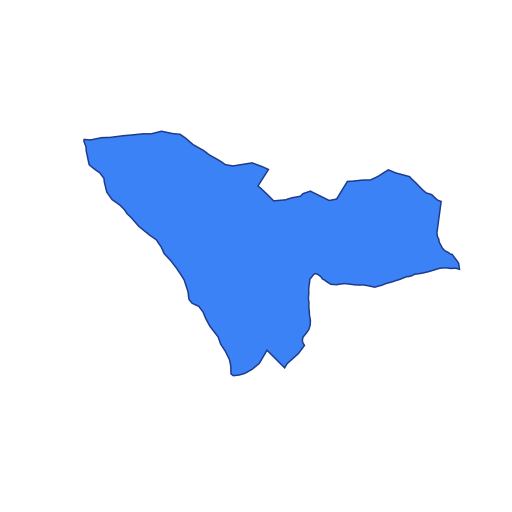 Ijumu, Kogi, Nigeria, rotated 287°
{"feature_id": "59680162B15951041920960", "entity_name": "Ijumu", "entity_type": "district", "adm_level": 2, "iso_a3": "NGA", "parent_name": "Nigeria", "parent_adm1": "Kogi", "projection": "mercator", "projection_center": [5.957, 7.842], "detail": "fine", "context": "isolated", "style": "filled", "palette": "blue", "viewbox_px": 512, "rotation_deg": 287, "n_neighbors": 0, "source": "geoboundaries", "source_scale": "gbopen_adm2", "svg_char_len": 2504}
<svg xmlns="http://www.w3.org/2000/svg" viewBox="0 0 512 512"><g transform="rotate(287 256 256)"><path d="M196.3,203.9L196.0,204.1L195.6,204.3L194.7,204.8L192.3,208.5L192.1,208.8L191.1,216.0L187.0,221.7L181.4,226.3L175.3,232.5L167.6,243.4L161.4,248.0L155.8,254.7L149.2,260.9L143.5,264.0L135.9,266.6L134.9,269.3L137.3,274.8L140.4,279.5L143.1,282.2L146.5,285.4L154.2,290.5L169.1,294.1L157.4,316.1L161.9,317.1L175.0,325.0L184.7,328.5L186.6,326.3L188.3,325.2L191.8,324.6L194.7,325.7L197.6,326.9L201.1,328.0L205.8,328.0L210.5,326.8L215.1,324.4L218.6,323.2L222.7,321.4L226.8,320.3L228.7,319.4L230.8,318.5L236.1,317.3L239.6,316.1L242.5,315.5L246.6,314.9L249.5,314.3L250.7,314.8L255.3,316.6L256.5,317.7L256.5,320.1L255.9,322.4L254.8,324.8L253.6,326.0L253.1,328.3L251.9,331.8L251.3,334.2L250.8,335.9L251.4,338.3L252.0,341.2L254.3,345.9L255.5,348.8L256.1,351.7L257.3,358.8L258.5,363.5L259.7,367.0L260.3,371.6L260.9,378.7L262.4,381.0L265.0,385.1L267.4,388.0L271.5,394.4L273.3,396.8L275.6,400.3L278.0,403.2L280.3,406.1L280.9,407.9L282.7,410.8L285.0,413.1L286.8,417.2L288.6,420.7L290.3,423.6L292.1,426.6L294.5,430.1L298.0,435.3L299.2,438.2L300.4,441.8L301.0,445.8L302.7,450.5L302.8,454.5L306.8,452.6L308.3,451.9L310.9,448.6L313.5,444.9L314.9,443.1L314.6,441.6L315.7,438.6L316.1,435.7L316.9,433.8L318.3,431.6L320.9,429.1L322.7,427.2L325.6,425.8L327.5,423.9L330.7,422.3L344.0,420.1L362.3,417.1L362.5,413.2L366.1,406.0L366.1,400.3L368.1,395.7L372.7,387.4L375.5,381.7L376.8,379.7L376.3,365.2L377.1,357.4L374.3,354.9L367.6,349.2L362.0,343.0L361.0,339.4L359.4,334.8L355.6,326.0L354.1,321.6L334.0,316.4L330.5,309.8L333.9,289.0L330.3,284.0L329.3,282.6L326.2,281.1L322.1,273.2L319.4,269.2L318.5,268.2L313.9,256.8L318.0,249.1L321.2,242.7L322.6,239.8L323.5,237.4L342.4,242.6L343.3,235.5L343.9,225.0L335.4,207.7L334.4,200.0L335.4,196.9L336.4,193.8L339.0,181.9L339.7,180.0L341.5,175.2L344.1,163.3L348.2,154.0L350.2,147.8L349.0,142.1L348.7,140.6L347.7,129.2L342.1,119.9L340.0,112.7L335.4,101.8L332.3,94.1L326.7,81.7L324.1,73.9L318.5,63.6L317.7,59.7L317.2,57.5L315.4,57.9L310.8,61.5L306.7,63.0L302.1,65.6L299.1,67.2L294.5,69.8L292.6,74.3L291.4,77.5L289.9,82.2L285.8,87.9L282.2,89.4L280.6,90.4L273.5,94.6L267.9,101.8L264.8,111.1L261.7,116.8L258.7,120.4L256.1,125.6L250.0,135.4L245.6,146.3L244.8,148.3L242.3,156.1L240.6,158.0L237.0,162.6L232.7,166.4L231.5,167.4L226.5,176.0L220.8,184.0L219.7,185.3L218.3,187.0L215.7,190.2L212.1,194.3L207.0,197.9L201.9,201.5L196.3,203.9Z" fill="#3b82f6" stroke="#1e3a8a" stroke-width="1.5"/></g></svg>